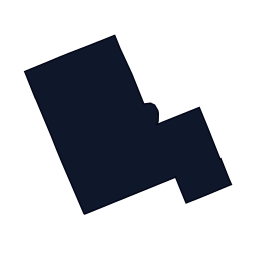 Beltrami, Minnesota, United States of America (Equal Earth projection), rotated 158°
{"feature_id": "52423323B93818974176817", "entity_name": "Beltrami", "entity_type": "district", "adm_level": 2, "iso_a3": "USA", "parent_name": "United States of America", "parent_adm1": "Minnesota", "projection": "equal_earth", "projection_center": [-95.064, 47.975], "detail": "fine", "context": "isolated", "style": "filled", "palette": "ink", "viewbox_px": 256, "rotation_deg": 158, "n_neighbors": 0, "source": "geoboundaries", "source_scale": "gbopen_adm2", "svg_char_len": 565}
<svg xmlns="http://www.w3.org/2000/svg" viewBox="0 0 256 256"><g transform="rotate(158 128 128)"><path d="M55.5,120.3L100.0,120.4L97.7,122.8L94.5,130.1L93.9,132.8L94.8,139.2L97.8,142.5L104.4,144.3L104.3,176.5L105.7,204.7L105.7,218.8L138.0,219.0L154.1,219.3L168.9,219.3L170.5,219.2L202.6,219.0L202.6,213.6L202.7,190.6L202.5,189.4L202.0,148.6L202.1,134.5L202.0,121.0L200.8,65.1L200.4,64.5L102.3,64.7L102.2,36.8L85.8,36.7L55.3,37.0L53.3,36.9L53.5,43.9L53.3,64.8L54.4,64.8L54.2,95.8L54.3,120.3L55.5,120.3Z" fill="#0f172a" stroke="#020617" stroke-width="1.5"/></g></svg>